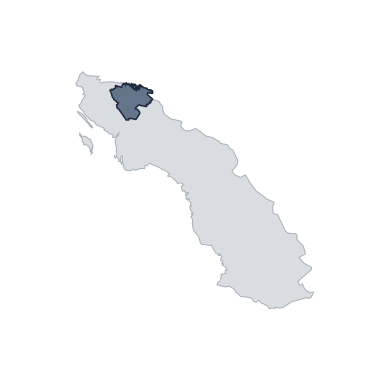 Västra Götaland on a map of Sweden (Mercator projection), rotated 120°
{"feature_id": "SWE-3428", "entity_name": "Västra Götaland", "entity_type": "County", "adm_level": 1, "iso_a3": "SWE", "parent_name": "Sweden", "parent_adm1": "", "projection": "mercator", "projection_center": [12.229, 58.206], "detail": "fine", "context": "in_parent", "style": "filled", "palette": "slate", "viewbox_px": 384, "rotation_deg": 120, "n_neighbors": 0, "source": "natural_earth", "source_scale": "10m", "svg_char_len": 9188}
<svg xmlns="http://www.w3.org/2000/svg" viewBox="0 0 384 384"><g transform="rotate(120 192 192)"><path d="M127.0,276.9L127.8,279.5L129.6,279.1L130.4,277.3L131.3,271.7L130.0,265.6L131.6,263.4L132.6,259.9L135.1,258.9L138.4,254.9L138.7,250.7L139.5,247.7L136.6,238.3L136.4,235.9L140.7,234.7L142.5,228.4L139.6,224.2L135.0,220.3L136.5,207.8L134.5,200.9L134.8,197.9L134.5,193.4L135.6,191.6L133.4,184.9L135.6,180.2L135.2,177.8L141.6,168.2L145.9,166.5L153.8,167.9L155.7,164.1L155.7,162.0L155.0,157.1L150.5,154.3L155.4,145.4L159.2,136.6L159.9,127.9L160.8,124.2L159.8,115.6L165.0,114.6L169.6,111.1L169.0,106.3L179.2,91.4L179.5,88.7L178.8,86.1L176.3,81.4L177.0,79.2L179.8,78.0L181.1,75.9L183.2,68.5L188.8,62.7L195.0,66.6L197.7,60.0L197.5,50.8L199.8,49.8L216.3,55.6L219.2,52.2L216.3,50.4L219.2,46.6L220.0,44.3L220.3,41.6L220.2,40.1L217.9,36.6L223.1,36.1L226.0,37.8L226.2,39.9L237.5,51.0L246.4,55.3L248.9,58.4L249.8,61.8L251.2,62.0L252.8,65.1L254.6,66.9L253.1,69.1L253.1,74.0L253.5,76.2L252.6,80.4L255.5,81.5L256.0,84.0L254.4,86.6L254.6,89.4L258.2,97.9L257.2,100.6L256.9,104.0L255.2,106.5L254.9,109.1L255.2,112.4L255.7,114.0L257.3,115.1L259.9,123.9L257.2,124.5L255.1,123.3L250.2,124.4L249.0,125.7L245.3,122.2L243.1,124.2L241.7,122.5L240.5,125.3L240.1,129.2L238.4,128.8L239.0,130.3L236.7,130.8L236.5,131.4L237.0,132.4L236.2,133.5L233.0,133.9L232.5,135.2L233.5,136.6L233.4,137.6L231.3,136.2L232.8,138.9L233.0,140.9L228.5,148.8L230.0,150.8L231.2,155.2L232.5,157.2L231.9,159.2L227.3,164.0L224.6,171.4L218.8,176.2L215.8,177.4L213.8,180.9L211.5,179.8L211.4,181.8L209.9,180.5L208.7,183.6L206.6,186.1L204.3,185.7L204.1,186.1L204.8,186.8L202.1,187.5L201.4,190.1L199.4,190.8L199.1,191.7L201.1,191.8L200.7,194.0L198.4,195.0L197.6,196.4L196.6,196.4L196.8,195.3L195.3,195.4L194.9,194.2L194.6,194.5L195.6,198.0L194.8,199.4L196.2,200.7L192.2,204.1L189.7,202.8L189.4,203.8L189.9,206.7L192.0,209.0L190.7,210.4L189.3,217.1L190.3,221.1L187.5,220.2L187.7,221.7L186.8,223.5L187.1,226.0L186.9,227.7L187.5,229.2L187.1,230.0L187.5,237.0L188.3,240.0L188.0,242.4L189.2,243.6L191.6,243.9L192.3,245.9L195.4,244.7L197.5,248.6L201.6,251.8L201.4,253.9L204.0,255.5L205.6,258.3L206.1,260.7L205.9,262.1L201.9,266.1L198.7,268.7L195.5,270.3L195.6,270.9L197.2,271.2L201.1,269.3L202.3,271.0L200.1,271.7L199.7,274.0L198.8,275.4L190.2,280.5L189.0,282.1L185.2,284.6L178.3,284.4L177.2,284.9L183.2,286.0L184.6,287.8L181.8,289.0L183.0,293.3L182.3,294.4L182.2,299.2L181.2,299.3L180.8,301.2L181.3,306.0L181.8,307.3L181.6,308.7L180.0,311.9L180.5,315.6L178.6,322.5L176.6,326.4L175.0,331.7L173.2,333.5L171.1,332.3L168.0,333.0L162.3,332.8L161.6,333.3L162.0,335.2L160.0,334.9L156.4,338.9L156.3,340.8L157.7,344.6L156.0,347.0L152.2,346.4L147.1,347.9L142.6,346.7L143.2,345.4L143.5,340.5L138.3,330.4L140.7,331.4L141.7,330.9L140.2,327.6L142.3,327.3L142.9,326.1L142.6,324.2L140.8,323.4L139.3,320.3L137.7,318.7L134.9,312.6L133.9,308.3L133.0,308.7L132.1,303.8L130.6,303.1L130.3,298.1L128.7,297.5L127.6,295.2L127.4,290.8L125.5,290.3L125.8,288.2L125.1,280.3L124.5,277.9L125.0,276.0L126.0,275.9L127.0,276.9ZM207.0,300.8L206.2,301.2L205.7,302.6L204.3,303.3L204.1,307.6L205.3,309.3L204.0,310.0L203.1,312.3L200.8,313.8L199.9,315.3L199.4,317.4L197.4,318.5L198.8,315.3L196.9,311.7L197.4,310.4L197.3,306.2L201.4,300.9L203.4,300.2L204.2,300.8L204.6,299.5L205.2,299.2L207.0,300.8ZM180.5,330.4L179.5,331.3L179.2,330.0L179.3,325.1L181.6,319.3L182.6,318.8L185.4,310.8L185.7,310.3L186.6,310.8L185.9,311.6L186.0,313.0L184.2,317.2L183.7,320.0L183.1,320.7L180.5,330.4ZM207.9,299.1L207.7,300.3L206.7,299.3L207.7,297.9L209.7,298.3L207.9,299.1ZM203.1,266.7L201.8,268.7L201.5,267.9L201.8,266.9L203.1,266.7ZM200.2,277.0L199.5,277.2L200.0,275.8L200.9,275.5L200.2,277.0Z" fill="#d9dde1" stroke="#a8b0b8" stroke-width="1"/><path d="M128.6,280.0L129.3,279.8L129.9,279.2L130.2,278.2L130.3,277.2L130.6,276.3L130.7,275.8L130.7,274.8L131.0,273.5L131.1,273.2L131.3,272.9L131.4,272.6L132.3,272.9L132.6,272.8L132.8,272.6L133.0,272.6L133.2,272.8L134.1,273.6L134.3,273.5L134.5,273.4L134.4,273.1L134.5,272.8L134.7,272.6L135.3,272.5L135.6,272.5L135.8,272.7L136.0,273.3L136.7,273.6L137.0,273.8L138.1,273.5L138.3,273.7L138.3,273.8L138.2,273.8L137.8,273.9L137.7,273.9L137.7,274.0L137.8,274.3L138.2,274.5L138.4,274.7L138.6,274.8L138.8,274.6L139.1,274.6L139.3,275.0L139.6,275.1L139.7,274.9L139.9,274.4L140.3,274.1L140.5,274.1L140.9,274.5L141.1,274.7L141.2,274.9L141.3,275.2L141.4,276.1L141.4,276.4L141.5,276.6L142.3,277.9L143.0,281.4L146.8,282.8L147.7,282.8L148.0,282.7L148.3,282.6L148.4,282.3L147.9,281.5L147.8,281.1L147.7,280.8L148.2,279.2L148.3,278.8L148.5,278.3L148.9,277.6L149.1,277.3L149.6,276.8L149.9,276.6L150.2,276.5L156.5,276.7L156.8,276.8L157.4,277.3L157.9,278.6L158.3,279.8L158.3,280.5L158.5,280.8L159.0,281.7L159.2,282.1L159.2,282.4L159.3,282.8L159.4,283.0L159.6,283.1L160.0,283.2L160.2,283.5L160.3,283.5L160.7,283.2L160.8,283.1L160.8,282.9L161.0,282.8L161.4,283.0L161.6,283.4L161.7,283.9L162.0,284.2L162.6,284.8L158.6,293.1L156.7,297.5L156.8,298.3L156.8,298.5L156.7,298.7L156.6,299.0L156.4,299.2L156.1,299.4L155.4,299.7L155.3,299.9L154.7,300.2L154.6,300.3L154.5,300.8L154.4,300.9L154.2,300.9L153.7,300.5L153.5,300.4L152.4,300.5L152.2,300.5L151.6,300.4L151.8,301.3L151.8,301.9L151.5,302.4L151.3,303.0L151.3,303.3L151.4,303.9L151.3,304.1L151.1,304.5L151.0,304.8L151.0,305.8L150.9,306.1L150.4,306.6L150.0,307.4L149.4,308.6L149.3,308.8L149.2,308.9L148.7,309.3L148.1,310.1L147.6,310.5L147.1,310.9L146.9,311.1L146.7,311.6L146.4,311.8L146.2,312.0L145.9,312.4L145.4,313.5L145.2,313.7L145.0,313.9L144.4,313.7L144.1,313.5L144.1,313.3L144.0,313.2L143.6,313.2L143.3,313.1L143.1,312.9L143.0,312.7L143.3,311.9L143.3,311.7L142.4,311.5L142.2,311.4L141.9,311.1L141.5,311.3L141.4,311.3L141.1,311.1L140.7,310.5L140.5,310.3L140.4,310.3L140.1,310.3L139.7,310.2L139.1,310.6L138.8,311.1L138.7,311.2L138.4,311.4L138.1,311.4L137.9,311.1L137.6,310.1L137.5,309.8L137.5,309.6L137.7,308.9L137.7,308.7L137.4,308.2L137.1,307.8L136.9,307.5L136.8,307.3L136.8,307.2L136.8,306.3L136.8,305.7L136.5,305.1L134.9,305.8L134.1,305.9L132.9,305.6L132.4,305.7L132.5,305.0L132.3,304.8L132.2,305.1L132.1,305.3L132.0,305.2L131.9,305.0L131.9,304.7L131.7,304.4L131.6,304.2L131.7,303.8L132.4,303.7L132.6,303.4L132.3,303.5L131.8,303.6L131.5,303.5L131.0,303.2L130.7,303.2L130.8,303.5L130.6,303.6L130.4,303.6L130.3,303.2L131.3,302.0L131.4,301.8L131.4,301.7L131.2,301.7L130.9,301.7L130.8,301.8L130.5,301.4L130.3,301.0L130.1,300.7L129.8,300.7L130.0,300.4L130.3,300.3L130.2,299.9L130.3,299.7L130.9,299.5L130.9,299.4L130.7,299.4L130.7,299.2L130.9,299.1L130.6,298.8L130.7,298.4L131.1,297.6L131.3,297.1L131.3,296.8L131.1,296.2L131.3,295.9L131.2,295.6L131.5,295.5L131.6,295.2L131.7,293.9L131.7,293.7L132.1,293.6L132.2,293.3L131.9,293.3L131.8,293.1L131.7,292.6L131.4,292.1L131.4,291.6L131.5,291.3L132.1,291.0L132.0,290.7L131.8,290.8L131.3,291.1L130.8,291.1L130.5,291.1L130.5,291.4L130.4,291.5L130.0,291.5L129.4,292.1L129.0,292.6L128.7,292.6L128.4,292.5L128.6,292.9L128.2,292.8L128.1,292.5L128.2,292.0L128.3,291.5L128.6,291.0L128.9,290.5L129.4,289.9L129.4,289.5L129.6,289.4L129.9,289.2L129.7,288.9L129.5,289.0L129.1,289.6L129.0,289.4L128.7,288.4L128.7,289.0L128.7,289.7L128.6,290.4L128.4,290.9L128.1,291.4L127.8,291.8L127.1,292.3L127.2,292.1L127.3,291.8L127.6,291.5L127.6,291.4L127.4,291.4L127.1,291.6L126.9,291.3L127.0,291.1L127.1,290.9L127.6,290.8L127.3,290.4L127.4,289.9L127.2,289.9L127.1,290.1L126.9,290.6L126.6,290.8L126.5,290.7L127.0,289.7L127.2,289.3L127.4,288.8L127.3,289.0L126.8,289.7L126.6,289.9L126.4,290.3L126.1,290.4L125.9,290.3L125.6,290.3L125.4,290.9L125.2,290.7L125.3,290.2L125.1,289.6L125.1,289.3L125.3,289.2L125.6,289.2L125.6,288.8L125.7,288.6L125.8,288.5L126.0,288.3L125.6,288.0L125.5,287.6L125.4,287.5L125.5,287.3L125.6,286.7L125.9,286.3L125.9,286.1L125.7,286.1L125.8,285.8L125.6,285.7L125.6,285.3L125.6,285.2L125.5,284.7L125.1,284.1L125.2,283.5L124.9,283.5L124.8,283.3L124.8,282.9L124.9,282.6L125.1,282.5L125.1,282.2L125.4,281.7L125.4,280.8L125.3,280.7L125.1,280.6L125.0,280.4L125.0,279.9L125.0,279.7L124.9,279.5L125.0,279.2L124.5,279.0L124.2,278.8L124.1,278.6L124.2,278.3L124.4,278.1L124.9,277.8L124.4,277.8L124.2,277.7L124.2,277.2L124.3,277.0L125.0,276.0L125.2,275.8L126.3,275.6L126.6,275.8L126.8,276.4L126.9,276.8L127.0,277.2L127.3,277.6L127.4,277.8L127.5,277.8L127.7,278.4L127.7,279.7L128.0,279.9L128.6,280.0ZM131.3,293.0L131.4,293.4L131.4,293.8L131.4,294.7L131.3,295.1L131.1,295.2L130.8,295.2L130.3,295.6L129.8,295.4L129.5,295.6L129.3,295.2L129.0,295.1L128.7,295.2L128.5,295.5L128.3,295.9L128.1,295.8L127.8,295.5L127.8,296.1L127.7,296.1L127.6,295.5L127.3,295.1L127.2,295.0L127.2,294.7L127.4,294.4L128.4,293.4L128.8,293.2L129.2,292.9L129.7,292.9L129.8,292.9L129.8,292.7L129.9,292.3L130.0,292.2L129.9,291.9L130.1,291.8L130.3,291.8L130.6,291.9L130.8,292.4L131.2,292.7L131.3,293.0ZM130.6,296.4L130.6,296.7L130.7,296.9L130.6,297.6L130.4,297.7L130.4,297.3L130.2,297.3L129.9,297.7L129.8,298.3L129.7,298.4L129.6,298.5L129.4,298.5L129.1,298.8L128.8,298.6L128.5,298.5L128.4,298.5L128.4,298.1L128.3,297.7L128.7,297.5L128.9,297.5L128.6,297.4L128.4,297.4L128.2,297.3L128.1,297.0L128.2,296.7L128.4,296.6L128.9,296.7L129.8,296.7L130.0,296.6L130.2,296.4L130.4,296.3L130.6,296.4Z" fill="#64748b" stroke="#1e293b" stroke-width="1.5"/></g></svg>